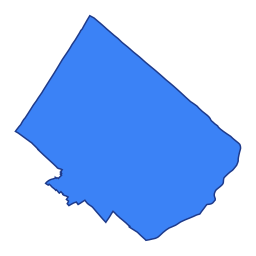 outline of North Gaza, Gaza Strip, Palestine
{"feature_id": "87354302B69236118899353", "entity_name": "North Gaza", "entity_type": "district", "adm_level": 2, "iso_a3": "PSE", "parent_name": "Palestine", "parent_adm1": "Gaza Strip", "projection": "natural_earth1", "projection_center": [34.487, 31.548], "detail": "fine", "context": "isolated", "style": "filled", "palette": "blue", "viewbox_px": 256, "rotation_deg": 0, "n_neighbors": 0, "source": "geoboundaries", "source_scale": "gbopen_adm2", "svg_char_len": 4902}
<svg xmlns="http://www.w3.org/2000/svg" viewBox="0 0 256 256"><path d="M145.9,240.3L148.8,239.8L152.3,239.0L155.1,238.4L156.6,237.8L158.1,237.0L159.5,235.8L163.0,232.5L165.1,230.8L166.5,229.7L168.2,228.6L169.1,228.0L171.5,227.0L175.6,225.2L177.5,224.0L180.5,222.0L182.6,221.0L185.2,219.8L189.9,217.9L193.5,216.4L196.5,215.0L198.0,214.5L199.0,214.3L200.0,213.8L201.3,211.8L203.6,208.8L206.2,205.3L206.8,204.6L208.0,204.3L208.7,204.3L210.4,204.0L211.6,203.6L212.7,202.9L213.6,201.9L214.4,200.9L215.2,200.0L215.2,198.6L214.6,196.9L214.2,195.2L214.4,193.4L215.2,191.3L216.2,189.8L218.5,187.9L220.5,186.3L222.1,184.8L223.0,183.6L223.4,182.0L223.4,180.9L223.7,178.7L224.1,177.7L225.3,176.4L227.9,173.9L230.1,172.0L232.4,170.3L233.2,169.5L235.1,167.2L236.6,165.3L237.6,162.9L238.2,161.0L238.2,159.2L238.4,157.6L238.9,155.0L239.6,152.0L240.3,149.6L240.6,148.1L240.4,146.2L239.8,144.4L238.4,143.0L234.1,139.5L232.8,138.4L230.6,136.3L227.1,134.0L223.5,131.5L220.5,129.2L219.2,128.0L218.3,127.1L217.7,126.0L216.7,125.2L214.9,123.9L212.6,121.8L211.5,120.9L210.9,120.1L210.0,118.3L209.0,117.0L207.7,115.7L202.2,111.3L199.0,108.3L197.0,106.1L195.6,105.1L193.8,103.8L190.5,101.6L185.2,96.8L180.6,92.5L175.6,88.0L171.5,84.4L166.3,80.1L160.8,75.2L155.4,70.5L151.4,67.2L145.7,62.5L139.3,56.8L133.5,52.1L127.7,47.0L125.1,44.9L122.0,42.4L118.1,38.6L114.0,35.3L106.7,29.0L102.4,25.1L97.8,21.2L94.1,18.0L89.8,15.7L87.5,19.5L84.3,25.1L82.2,29.0L80.8,30.5L79.7,32.6L75.0,40.3L73.1,43.0L71.9,44.8L70.6,47.1L68.8,50.0L67.0,52.7L64.6,56.2L62.3,59.6L59.8,63.8L58.8,65.5L58.2,66.5L54.3,72.9L50.1,79.5L44.6,88.2L43.1,90.6L42.7,91.3L42.6,91.5L42.0,92.5L38.2,98.0L36.3,101.0L34.6,103.3L33.2,105.3L30.2,110.1L26.8,115.4L25.3,117.7L23.7,119.6L22.8,121.0L21.9,122.5L20.7,124.7L19.1,126.5L17.8,128.2L16.4,130.0L15.4,131.4L18.2,133.0L19.7,134.1L22.7,136.3L26.9,139.4L27.5,139.8L28.2,140.3L29.9,141.6L31.4,142.6L31.5,142.7L31.7,142.9L31.9,143.0L32.0,143.2L32.2,143.3L33.0,144.2L35.9,147.0L38.0,149.2L37.9,149.2L37.8,149.4L43.8,155.1L48.5,159.4L53.5,164.0L56.0,166.4L56.5,166.9L56.6,167.0L56.8,167.2L56.9,167.3L57.0,167.5L57.4,167.9L57.6,168.0L57.9,168.2L58.1,168.3L58.3,168.4L58.7,168.5L58.8,168.6L59.7,168.8L59.9,168.8L60.1,168.9L60.4,168.9L60.8,169.1L61.0,169.2L61.4,169.3L61.7,169.5L62.0,169.6L61.9,169.7L61.4,170.4L61.7,170.6L61.1,171.4L60.7,171.9L60.4,172.1L61.6,173.3L61.3,173.5L61.2,173.5L61.2,173.4L61.1,173.5L60.9,173.5L60.3,174.1L60.5,174.4L60.7,174.6L60.9,174.7L60.9,174.8L61.0,174.8L61.0,174.7L61.3,174.7L61.3,174.8L61.6,175.2L61.6,175.3L61.4,175.4L61.2,175.6L60.3,176.5L60.1,176.7L59.7,177.0L59.2,177.5L58.8,177.9L58.7,178.0L58.4,178.4L58.2,178.2L57.8,178.1L57.7,178.1L57.4,178.0L57.2,177.9L56.9,177.7L56.2,178.3L55.9,178.1L55.7,177.8L55.5,177.6L55.4,177.5L55.4,177.8L55.3,178.0L55.2,178.0L53.7,178.7L53.5,178.8L53.3,178.8L53.1,178.9L51.9,179.2L51.2,179.4L50.6,179.6L50.4,179.7L50.1,179.8L49.9,179.9L49.8,180.0L49.6,180.1L49.4,180.2L49.2,180.3L48.8,180.5L48.7,180.6L48.4,180.7L48.3,180.8L47.9,181.2L47.6,181.4L47.3,181.7L46.9,181.9L46.7,182.1L46.5,182.3L46.4,182.5L46.2,182.7L45.6,183.3L46.3,183.9L47.6,184.7L48.2,185.1L48.3,185.1L48.9,184.4L49.1,184.2L49.8,184.8L50.6,185.4L50.6,185.5L51.2,186.1L51.4,186.3L51.6,186.6L52.6,187.5L53.0,187.8L53.4,188.1L53.7,188.4L54.3,188.8L54.8,189.3L55.3,189.8L55.7,190.3L55.8,190.2L56.0,190.1L56.3,189.8L57.4,190.9L58.3,192.0L58.7,192.5L59.3,193.1L59.7,192.8L60.0,192.5L60.9,191.7L61.6,192.5L61.9,192.8L62.7,193.7L62.7,193.8L62.8,193.8L62.7,194.2L62.7,194.3L62.8,194.4L62.8,194.5L63.6,195.0L63.9,195.2L64.0,195.3L64.3,195.4L64.5,195.5L64.8,195.5L65.3,195.7L65.7,195.8L66.2,196.0L66.7,196.3L67.4,196.6L68.1,197.0L66.4,199.5L68.5,201.0L68.4,201.3L68.3,201.5L68.3,201.8L68.2,202.0L68.0,202.4L67.9,202.6L67.8,202.8L67.6,203.1L67.4,203.3L67.2,203.7L68.9,205.6L70.1,204.9L71.3,204.2L73.0,203.3L73.1,203.2L73.4,203.1L73.7,202.9L74.1,202.8L74.9,202.5L75.0,202.5L75.6,202.3L76.3,202.0L77.1,203.1L77.4,203.6L78.1,204.5L80.3,203.2L82.4,201.8L84.9,200.2L85.9,201.6L86.8,202.7L87.1,203.1L87.4,203.3L87.6,203.5L87.9,203.8L88.1,204.0L88.5,204.3L88.9,204.6L89.2,204.8L90.8,205.9L91.0,206.0L91.5,206.3L91.8,206.6L92.0,206.7L92.1,206.8L92.4,207.1L92.6,207.2L92.7,207.4L92.9,207.6L94.6,209.6L96.3,211.6L98.5,214.1L100.9,216.9L103.0,219.3L105.8,222.3L105.9,222.1L106.0,222.0L107.3,220.1L108.1,219.0L110.3,215.6L110.6,215.1L111.2,214.0L111.9,213.0L112.4,212.2L113.0,211.3L115.0,213.1L116.0,214.2L116.4,214.6L116.8,215.1L117.2,215.4L117.6,215.8L118.0,216.1L118.4,216.5L119.0,217.0L119.7,217.7L120.4,218.3L121.2,218.9L121.9,219.5L122.6,220.0L122.9,220.3L126.3,223.2L126.6,223.5L126.9,223.8L127.2,224.1L127.8,224.7L128.2,225.0L128.6,225.4L128.9,225.6L129.2,225.9L129.4,226.0L129.5,226.0L129.8,226.2L129.9,226.3L129.2,226.9L129.4,227.1L129.7,227.3L130.0,227.5L130.3,227.7L130.6,227.9L130.9,228.1L133.3,229.6L137.4,232.2L140.8,235.5L145.2,239.5L145.9,240.3Z" fill="#3b82f6" stroke="#1e3a8a" stroke-width="1.5"/></svg>